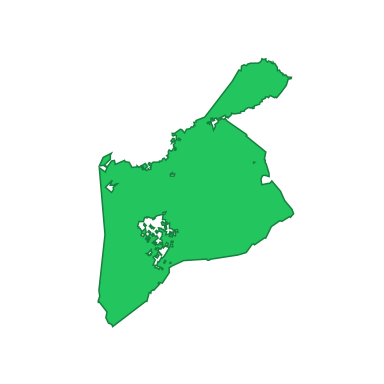 outline of Baarle-Nassau, Noord-Brabant, Netherlands, rotated 136°
{"feature_id": "6326949B26201619362436", "entity_name": "Baarle-Nassau", "entity_type": "district", "adm_level": 2, "iso_a3": "NLD", "parent_name": "Netherlands", "parent_adm1": "Noord-Brabant", "projection": "albers", "projection_center": [4.882, 51.437], "detail": "fine", "context": "isolated", "style": "filled", "palette": "green", "viewbox_px": 384, "rotation_deg": 136, "n_neighbors": 0, "source": "geoboundaries", "source_scale": "gbopen_adm2", "svg_char_len": 6143}
<svg xmlns="http://www.w3.org/2000/svg" viewBox="0 0 384 384"><g transform="rotate(136 192 192)"><path d="M134.0,105.8L132.1,110.1L131.3,121.5L127.8,131.0L126.9,144.5L129.7,144.2L136.7,148.8L133.4,153.4L129.8,154.8L127.9,153.3L125.8,149.5L123.5,152.1L119.0,161.0L119.0,162.3L117.1,164.1L117.6,165.0L111.1,169.5L114.2,194.5L113.1,194.7L112.9,195.9L117.5,218.9L117.0,222.0L118.5,221.8L119.5,224.0L123.3,224.9L123.3,225.7L124.7,224.0L128.7,224.7L129.5,222.9L133.5,221.5L130.9,226.1L131.3,226.8L127.3,231.8L126.1,231.2L127.6,228.6L126.0,227.9L125.1,229.5L123.0,228.1L123.6,226.8L114.9,224.2L115.6,222.0L114.2,221.3L114.6,220.2L109.8,220.2L108.7,221.2L107.5,218.9L102.2,215.1L101.1,216.0L98.1,213.8L96.7,214.5L92.5,213.5L91.4,211.5L89.9,211.2L90.5,210.0L89.2,209.2L87.4,210.7L82.5,208.2L80.5,209.3L78.6,208.3L77.7,209.8L74.2,208.5L73.3,209.3L71.7,208.1L71.5,206.8L68.7,207.0L67.0,202.3L65.8,202.3L65.6,201.0L58.5,201.8L50.1,203.2L44.3,206.4L42.1,204.7L40.8,205.4L43.3,208.2L43.2,211.1L44.4,211.4L44.4,212.9L45.2,213.1L44.3,214.2L45.2,216.6L44.4,219.0L46.2,219.9L44.0,222.6L43.2,227.0L44.0,227.9L43.6,229.0L44.8,228.3L45.3,229.8L44.6,230.4L45.9,233.0L47.3,233.0L47.6,235.6L46.4,236.4L48.7,237.9L49.1,239.3L51.5,238.0L54.6,238.5L60.6,244.1L63.3,245.4L64.9,245.0L66.3,247.4L68.9,248.2L72.5,245.1L73.5,247.2L86.5,243.6L130.8,237.0L139.4,240.6L140.3,239.4L142.3,240.8L143.8,237.7L144.4,238.6L146.3,238.0L147.2,239.3L149.5,238.9L152.3,240.9L156.3,239.6L156.0,243.9L156.8,245.2L164.0,246.3L165.5,248.0L166.8,246.3L166.6,245.3L164.4,244.8L164.1,243.4L167.2,240.5L169.3,240.3L170.3,238.9L172.4,239.0L173.5,237.7L173.2,236.8L176.2,235.9L178.4,235.6L179.2,238.1L180.9,237.6L182.8,235.4L185.0,235.7L184.8,233.4L188.7,233.1L188.5,235.6L189.8,236.2L192.4,235.3L193.9,236.8L194.6,236.1L199.2,240.4L201.6,240.5L202.4,242.9L204.2,242.4L204.1,240.7L202.9,239.3L204.9,238.7L204.5,238.1L205.9,237.0L207.4,238.1L206.8,239.7L208.2,238.4L209.9,239.2L209.1,241.3L206.3,241.2L205.8,245.0L209.3,245.7L210.7,241.4L212.0,242.5L210.5,246.3L213.0,246.4L213.3,249.0L214.0,248.2L218.1,251.3L216.6,257.0L219.0,260.2L218.5,261.6L228.0,265.1L225.9,268.6L228.4,270.2L234.8,269.0L236.0,270.4L236.4,272.3L228.0,272.3L225.0,275.3L223.1,275.9L231.9,278.6L240.5,275.1L237.2,272.7L236.2,268.5L240.5,266.6L241.8,273.9L284.2,221.8L327.3,185.9L330.8,181.1L335.3,178.7L336.0,177.7L335.1,177.4L336.5,164.7L341.3,161.4L343.2,155.7L341.7,152.5L342.6,150.3L301.3,145.5L300.5,144.6L292.6,149.4L291.9,147.8L290.5,149.0L287.9,148.8L287.7,147.8L279.4,148.3L279.9,149.6L278.7,150.0L276.7,147.1L264.3,149.8L261.2,153.3L257.8,152.7L245.7,148.5L228.1,133.6L228.3,132.3L227.0,131.0L225.4,130.8L202.9,114.9L195.1,110.8L185.0,112.6L183.7,111.9L183.8,110.6L171.7,108.6L171.0,107.6L158.9,112.0L148.9,110.3L147.6,108.4L138.9,106.5L138.8,105.4L134.0,105.8ZM255.4,194.3L253.2,194.6L250.8,198.1L255.4,198.3L254.7,202.1L255.5,203.3L254.5,203.6L255.1,205.0L250.7,207.6L247.5,204.5L243.8,206.6L242.3,204.6L241.6,205.5L238.9,200.7L239.2,199.4L238.2,199.8L238.1,198.8L236.8,198.8L237.2,199.7L233.8,199.3L228.4,196.1L227.2,197.4L224.5,195.9L227.1,194.8L228.3,196.0L232.2,192.8L230.4,190.5L232.3,188.4L230.9,187.6L232.2,185.9L229.7,185.3L233.6,181.4L232.2,179.8L231.7,177.1L232.6,177.0L232.2,176.1L231.0,175.2L230.5,176.4L228.6,175.2L230.0,172.9L231.3,174.8L234.4,172.0L235.6,174.1L233.3,175.3L236.0,176.9L234.5,176.9L235.3,178.9L237.4,177.6L240.6,179.5L237.8,181.1L239.2,183.3L238.3,184.2L239.8,186.6L239.2,187.0L241.0,189.5L242.7,186.5L241.4,183.5L244.2,181.0L247.7,180.4L247.1,178.3L249.9,174.0L250.7,176.2L249.5,177.0L249.8,178.1L253.1,177.3L254.8,183.0L254.0,183.0L253.5,179.8L252.7,180.1L253.1,182.9L248.3,182.4L247.7,184.9L249.1,184.9L249.1,187.5L251.0,187.3L250.9,188.2L248.7,188.3L248.8,189.5L250.9,189.4L251.0,191.0L254.2,190.6L253.9,188.0L255.3,187.7L255.9,190.6L254.8,192.3L255.4,194.3ZM259.7,171.8L257.1,172.5L257.3,173.9L255.1,173.6L255.6,176.4L254.1,172.5L251.4,173.1L250.8,172.9L251.4,171.7L248.9,171.8L246.9,167.7L256.7,165.2L259.2,165.1L259.3,166.1L264.5,164.6L264.8,165.6L268.6,163.5L267.1,159.8L269.6,159.4L269.8,161.7L271.2,163.5L269.3,164.7L270.8,166.5L265.6,168.7L265.3,172.1L261.3,171.2L263.3,170.2L262.8,168.6L259.8,169.4L259.7,171.8ZM250.2,247.6L251.0,255.5L241.2,255.9L246.2,253.7L243.6,251.2L240.4,250.4L239.7,249.7L245.5,250.1L246.8,248.2L250.2,247.6ZM267.6,179.4L265.4,178.6L260.3,179.1L262.6,178.7L262.7,176.3L265.0,176.3L265.0,175.2L267.3,176.1L267.4,177.1L266.5,177.2L267.6,179.4ZM191.8,217.1L193.7,215.9L196.4,218.2L195.3,220.0L192.8,219.5L194.0,218.6L191.8,217.1ZM255.4,194.3L258.1,193.7L258.8,196.3L256.7,197.3L255.4,194.3ZM235.8,174.0L237.5,173.4L239.2,176.0L237.8,176.9L235.8,174.0ZM245.4,173.4L244.9,171.5L247.1,170.2L248.1,172.0L245.4,173.4ZM242.6,167.9L244.0,165.9L245.3,168.2L243.5,169.3L242.6,167.9ZM257.1,190.7L256.4,188.0L259.3,186.3L257.7,188.5L258.2,190.4L257.1,190.7ZM130.1,230.0L132.3,228.7L132.3,230.2L133.3,230.5L132.7,231.4L130.1,230.0ZM163.6,237.7L165.1,237.5L166.1,239.8L164.2,239.9L163.6,237.7ZM261.5,160.8L258.9,161.5L258.7,160.5L261.3,159.8L261.5,160.8ZM255.4,179.2L255.3,180.7L255.8,183.1L255.1,183.0L254.5,179.5L255.4,179.2ZM241.1,171.1L239.8,169.6L240.8,168.9L242.0,170.5L241.1,171.1ZM173.3,235.4L173.0,234.5L174.8,233.3L175.4,234.2L173.3,235.4ZM266.2,156.9L267.3,156.6L267.0,159.2L266.6,159.3L266.2,156.9ZM256.7,176.2L258.0,175.6L258.3,176.4L256.9,176.9L256.7,176.2ZM255.3,187.6L257.2,186.7L257.3,187.2L255.3,187.6ZM256.2,156.2L256.3,155.6L258.0,156.4L256.2,156.2ZM126.4,169.9L127.5,170.0L127.0,170.7L126.4,169.9ZM236.5,188.7L234.7,187.0L236.7,185.2L236.0,184.5L237.0,183.2L235.8,183.0L232.5,188.1L233.6,189.1L233.6,191.3L235.3,191.3L236.5,188.7ZM168.5,243.9L171.7,243.3L171.2,241.9L172.6,241.2L169.5,240.8L167.8,242.7L168.5,243.9ZM244.6,197.2L246.1,196.0L246.4,197.7L246.4,193.7L244.7,193.7L244.6,197.2ZM249.7,201.8L249.9,199.6L248.2,199.7L248.2,202.6L249.7,201.8ZM245.7,189.0L246.0,186.6L243.8,186.9L244.2,189.1L245.7,189.0ZM249.8,194.2L251.5,194.0L251.1,191.5L249.7,191.6L249.8,194.2ZM257.5,167.8L257.4,170.9L257.9,170.7L258.1,167.8L257.5,167.8ZM244.2,193.1L245.1,192.3L243.9,192.3L244.2,193.1Z" fill="#22c55e" stroke="#15803d" stroke-width="1.5"/></g></svg>